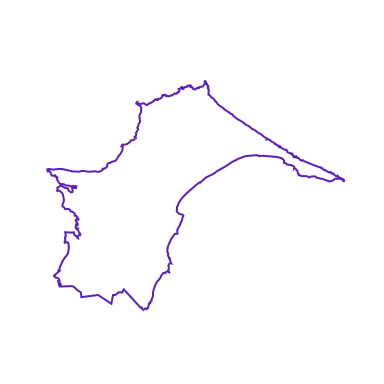 Mornington Peninsula, Victoria, Australia, rotated 169°
{"feature_id": "25037944B38646980032426", "entity_name": "Mornington Peninsula", "entity_type": "district", "adm_level": 2, "iso_a3": "AUS", "parent_name": "Australia", "parent_adm1": "Victoria", "projection": "albers", "projection_center": [144.952, -38.333], "detail": "fine", "context": "isolated", "style": "outline", "palette": "violet", "viewbox_px": 384, "rotation_deg": 169, "n_neighbors": 0, "source": "geoboundaries", "source_scale": "gbopen_adm2", "svg_char_len": 6064}
<svg xmlns="http://www.w3.org/2000/svg" viewBox="0 0 384 384"><g transform="rotate(169 192 192)"><path d="M320.7,109.9L303.8,108.8L292.5,97.7L289.2,105.9L287.0,105.6L282.9,107.6L279.8,106.6L277.5,109.4L264.2,87.8L263.4,88.2L263.2,86.8L262.2,85.5L260.0,86.7L258.8,85.7L258.1,86.3L257.4,86.3L255.3,91.0L254.5,91.6L254.1,91.2L253.9,92.0L252.4,92.8L252.5,93.8L250.3,96.8L249.7,99.9L248.9,102.2L245.9,107.7L245.2,108.2L244.1,110.0L239.9,113.3L237.9,116.0L235.8,117.8L234.7,118.0L233.9,117.5L232.7,118.5L231.1,118.7L230.4,118.5L230.1,117.2L230.3,116.9L229.6,117.3L230.2,120.0L229.3,121.0L229.2,124.2L227.9,126.0L226.9,126.3L226.2,126.0L226.7,126.9L226.2,128.0L226.8,130.0L226.3,130.9L227.2,131.5L227.1,132.4L227.7,133.9L227.1,136.3L227.6,137.7L227.5,138.8L226.2,143.0L221.1,150.2L217.5,153.6L216.6,154.2L215.0,153.7L214.1,154.1L214.0,156.7L213.5,157.3L213.3,158.3L210.2,161.7L209.1,164.0L208.1,164.8L207.0,166.6L205.7,169.7L205.0,170.2L205.5,171.6L208.6,172.8L210.7,175.7L209.6,180.0L206.8,184.1L203.1,187.9L197.8,191.6L186.3,198.3L182.7,200.0L182.3,199.6L175.4,203.6L166.9,205.9L164.1,207.4L153.3,211.1L147.2,213.7L139.6,215.9L132.5,217.0L122.1,215.9L120.4,215.4L119.8,214.7L114.5,213.8L101.7,210.1L97.8,208.2L96.1,206.4L95.6,204.8L96.2,203.1L94.3,202.3L93.6,200.9L89.7,199.6L87.4,197.9L86.7,196.8L87.4,195.3L87.0,195.5L85.6,194.5L84.5,192.6L84.5,189.9L84.0,189.4L84.0,188.1L82.4,187.7L81.6,186.8L76.2,185.6L74.1,183.8L72.4,184.5L68.3,183.9L67.3,183.1L67.1,182.3L60.7,179.5L54.9,176.0L51.9,176.4L48.4,177.8L47.5,177.2L45.9,177.3L42.5,176.0L41.3,173.7L40.6,173.8L40.6,174.4L40.8,175.3L45.8,179.2L45.9,180.2L46.8,179.7L47.7,180.3L49.6,182.2L49.7,183.1L50.2,183.0L50.8,183.7L51.4,183.5L52.1,184.3L52.2,185.2L53.8,185.1L56.8,187.6L57.1,188.3L58.8,188.8L59.9,190.9L60.5,190.7L61.5,191.9L62.4,192.1L69.5,196.5L76.1,200.9L77.1,202.1L78.4,201.7L78.9,202.6L79.9,203.1L80.6,204.7L82.6,205.7L82.3,206.3L82.8,207.0L83.7,206.2L84.3,206.6L84.2,207.0L85.4,206.7L85.7,207.2L85.2,207.6L85.5,208.6L86.4,209.3L86.3,210.4L87.1,210.3L87.5,211.2L88.0,210.9L90.7,213.0L91.2,215.4L92.4,215.5L94.6,217.2L96.2,218.5L96.5,219.7L98.0,219.3L98.5,220.6L98.2,221.0L100.2,222.1L100.4,222.9L101.4,223.4L101.4,223.9L104.9,227.0L105.2,227.9L105.8,228.1L106.7,229.1L108.6,229.3L108.0,229.9L108.8,230.9L109.9,231.5L113.8,236.2L115.3,237.0L118.9,241.0L121.2,242.7L123.8,246.1L126.0,247.6L129.7,251.7L133.5,254.9L137.1,259.2L137.4,260.3L139.7,262.0L139.9,262.8L141.8,264.1L142.5,265.3L144.5,266.9L145.1,268.3L148.8,271.8L150.1,273.6L151.0,275.8L151.9,276.7L152.4,278.6L155.0,281.4L156.4,283.9L157.3,284.5L156.5,287.0L156.5,288.3L156.1,288.7L156.2,290.6L156.6,290.8L156.6,291.6L156.1,292.0L156.4,292.5L155.9,293.2L156.4,293.6L156.6,294.7L157.4,295.0L157.4,296.1L157.1,296.1L157.6,298.1L158.0,298.5L158.5,298.3L158.5,297.6L159.2,297.8L158.3,297.2L158.2,296.6L161.3,293.5L164.7,293.6L165.3,292.8L167.1,293.3L167.9,292.5L168.9,292.6L169.5,292.1L171.2,292.8L171.5,293.4L171.3,294.3L173.6,295.5L173.5,296.4L172.9,296.6L173.2,297.0L176.0,297.2L176.2,296.5L177.7,296.0L178.1,296.5L179.5,296.2L180.0,295.6L181.8,297.0L182.4,297.0L182.7,296.7L181.9,295.2L183.2,295.8L185.4,295.8L185.1,293.4L186.2,292.4L186.9,292.7L187.7,292.3L188.1,291.6L189.3,291.4L190.1,292.1L193.2,290.6L194.1,290.9L195.1,290.4L197.2,290.5L197.5,291.0L199.1,291.0L199.4,292.2L200.5,292.4L200.4,292.8L201.8,292.8L201.9,292.2L202.9,292.3L203.5,290.7L205.7,289.6L207.2,289.9L208.1,288.9L208.7,289.0L208.8,289.6L209.5,289.3L210.4,290.0L211.8,288.8L216.7,286.9L217.6,287.1L218.9,286.0L220.6,286.4L222.2,288.3L226.6,288.3L228.3,289.5L228.2,290.2L228.7,290.0L228.9,290.7L229.9,289.7L229.8,289.2L228.8,288.6L228.1,287.4L227.2,287.3L226.3,286.4L225.9,285.2L225.9,283.3L226.6,281.4L226.7,280.2L229.3,276.6L229.2,274.3L229.7,272.8L229.3,271.9L229.7,270.6L231.7,268.6L232.1,267.1L233.5,265.4L232.9,264.5L233.0,263.7L235.9,260.5L235.6,259.4L236.1,258.3L237.1,257.5L236.8,257.4L236.8,257.1L237.0,257.4L237.8,257.0L237.6,256.1L238.4,254.6L239.8,254.1L241.8,254.4L243.2,253.0L246.3,251.6L248.5,251.3L251.3,251.8L252.5,250.4L251.5,250.2L251.3,249.4L252.7,245.7L255.2,242.8L257.7,240.9L258.7,239.4L261.1,237.3L265.7,236.8L266.4,236.3L268.8,236.3L270.2,234.8L270.2,233.7L271.1,232.6L273.6,231.6L275.1,231.9L275.6,230.8L277.7,229.8L279.9,229.6L283.4,230.8L289.2,231.5L295.5,233.7L299.0,233.5L305.3,235.0L314.3,239.0L317.7,240.0L323.7,240.4L328.2,242.0L329.7,241.9L329.7,239.7L329.1,239.8L329.0,240.8L327.6,240.8L328.8,240.3L327.1,238.6L327.1,236.7L326.5,235.0L325.6,234.4L323.2,234.6L322.9,234.2L323.4,233.6L323.2,233.2L321.3,232.0L321.4,231.4L322.1,230.8L321.8,228.6L320.1,225.2L316.4,224.1L314.5,222.4L311.9,221.9L310.2,220.6L308.5,220.7L304.6,219.8L305.0,219.3L305.0,218.0L308.9,218.8L308.9,216.2L309.5,214.7L310.8,214.7L312.7,216.7L313.2,219.2L316.8,220.7L318.0,222.4L320.0,223.1L323.4,221.9L323.3,220.2L324.2,219.0L323.7,218.5L323.0,218.9L321.9,218.5L319.9,216.1L319.2,214.3L319.2,208.7L320.2,206.1L321.6,204.4L321.9,202.7L320.4,201.2L319.9,199.4L317.1,199.1L315.8,198.4L315.0,197.4L314.9,196.1L313.3,195.5L311.8,194.0L311.2,192.9L311.6,191.1L310.1,190.6L309.7,189.8L309.7,188.6L309.1,188.1L309.3,188.0L309.1,186.8L308.7,186.4L308.5,185.7L309.4,187.1L310.3,187.6L311.7,186.0L310.3,183.2L310.3,181.8L310.7,181.3L311.4,182.5L311.9,182.5L312.9,180.0L312.4,178.8L311.7,178.9L312.2,178.6L311.8,178.4L312.5,178.3L312.3,177.3L311.3,177.4L310.6,173.7L309.7,172.5L310.6,171.6L309.2,170.4L310.8,171.4L312.6,170.5L313.1,169.2L312.7,168.6L312.7,168.3L313.3,168.8L313.4,170.5L314.4,171.0L315.7,172.6L315.8,175.0L318.3,175.2L324.1,176.7L324.3,172.5L325.4,171.9L325.5,168.6L326.6,167.7L326.5,166.5L323.5,166.3L323.1,164.5L323.6,160.4L325.5,155.2L331.2,150.1L332.6,148.3L336.1,143.4L337.3,140.4L338.2,140.4L338.3,139.5L337.7,139.4L343.4,136.3L343.3,135.5L342.4,134.9L342.3,134.1L340.1,133.2L339.3,132.1L339.0,129.7L340.4,130.0L340.3,128.6L339.7,127.3L340.3,127.2L340.3,126.2L338.9,126.2L338.4,126.7L338.3,126.4L338.9,125.5L339.6,125.6L339.7,124.4L327.7,122.5L326.0,121.4L322.8,117.0L320.5,115.0L320.3,112.8L320.7,109.9Z" fill="none" stroke="#5b21b6" stroke-width="2"/></g></svg>